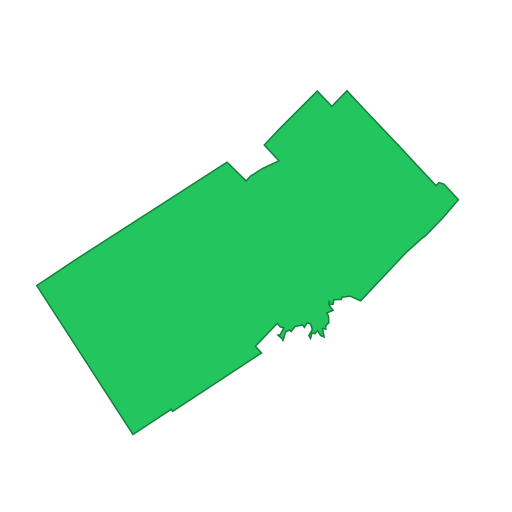 Piscataquis, Maine, United States of America (Equal Earth projection), rotated 237°
{"feature_id": "52423323B69646199912282", "entity_name": "Piscataquis", "entity_type": "district", "adm_level": 2, "iso_a3": "USA", "parent_name": "United States of America", "parent_adm1": "Maine", "projection": "equal_earth", "projection_center": [-69.536, 45.793], "detail": "fine", "context": "isolated", "style": "filled", "palette": "green", "viewbox_px": 512, "rotation_deg": 237, "n_neighbors": 0, "source": "geoboundaries", "source_scale": "gbopen_adm2", "svg_char_len": 996}
<svg xmlns="http://www.w3.org/2000/svg" viewBox="0 0 512 512"><g transform="rotate(237 256 256)"><path d="M173.3,55.6L173.6,101.4L171.1,101.4L171.7,207.9L180.6,206.2L187.9,237.1L183.3,237.7L180.6,240.2L176.8,233.5L177.7,231.3L171.0,233.2L169.8,231.9L176.2,239.4L175.7,243.9L173.4,244.3L175.6,250.3L172.8,257.5L169.8,257.7L172.2,262.5L169.2,264.7L163.7,263.2L160.5,257.0L157.1,256.8L161.0,261.1L158.8,263.1L159.8,266.9L154.0,266.9L151.0,269.0L159.0,272.4L156.6,274.8L159.4,276.2L160.4,280.8L166.4,284.2L169.6,284.3L168.5,291.2L174.7,290.3L178.9,293.0L174.9,291.6L173.6,294.4L176.9,297.4L173.1,304.0L174.6,305.7L171.0,313.1L161.4,319.3L177.1,383.7L180.4,404.4L180.6,408.9L186.2,433.4L192.9,456.4L213.9,452.8L217.9,449.5L217.0,445.3L245.7,440.2L270.4,435.9L319.8,426.7L345.1,422.3L340.2,401.1L361.0,397.2L349.9,345.1L344.6,323.3L323.3,327.1L325.8,309.3L326.0,294.7L324.3,288.6L350.4,282.8L350.5,274.8L351.2,101.0L350.6,56.0L173.3,55.6Z" fill="#22c55e" stroke="#15803d" stroke-width="1.5"/></g></svg>